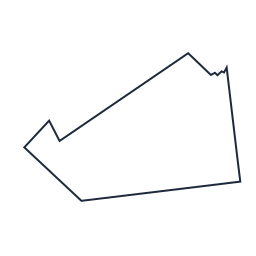 the district of Live Oak, Texas, United States of America, rotated 263°
{"feature_id": "52423323B21847190963699", "entity_name": "Live Oak", "entity_type": "district", "adm_level": 2, "iso_a3": "USA", "parent_name": "United States of America", "parent_adm1": "Texas", "projection": "orthographic", "projection_center": [-98.0, 28.422], "detail": "fine", "context": "isolated", "style": "outline", "palette": "slate", "viewbox_px": 256, "rotation_deg": 263, "n_neighbors": 0, "source": "geoboundaries", "source_scale": "gbopen_adm2", "svg_char_len": 339}
<svg xmlns="http://www.w3.org/2000/svg" viewBox="0 0 256 256"><g transform="rotate(263 128 128)"><path d="M176.0,233.3L171.4,230.1L172.8,227.8L169.5,223.2L172.2,221.0L170.6,216.7L192.6,198.7L194.9,196.8L123.5,58.5L144.9,50.6L121.4,22.7L61.4,72.9L61.1,232.9L86.3,232.9L176.0,233.3Z" fill="none" stroke="#1e293b" stroke-width="2"/></g></svg>